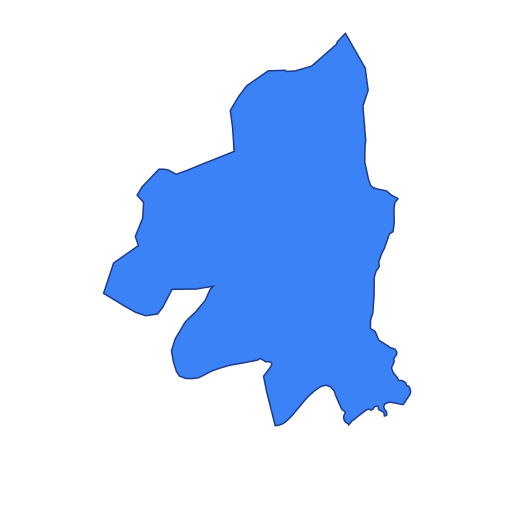 Ash Shamayatayn, Ta`izz, Yemen (Equal Earth projection), rotated 74°
{"feature_id": "15242507B595080071721", "entity_name": "Ash Shamayatayn", "entity_type": "district", "adm_level": 2, "iso_a3": "YEM", "parent_name": "Yemen", "parent_adm1": "Ta`izz", "projection": "equal_earth", "projection_center": [44.059, 13.173], "detail": "fine", "context": "isolated", "style": "filled", "palette": "blue", "viewbox_px": 512, "rotation_deg": 74, "n_neighbors": 0, "source": "geoboundaries", "source_scale": "gbopen_adm2", "svg_char_len": 4396}
<svg xmlns="http://www.w3.org/2000/svg" viewBox="0 0 512 512"><g transform="rotate(74 256 256)"><path d="M258.9,113.1L253.7,111.7L253.0,111.5L251.0,111.0L248.0,110.1L242.8,107.7L242.1,106.6L240.3,103.9L239.5,103.9L238.2,105.4L234.8,109.1L229.3,112.7L227.7,115.8L225.6,119.9L224.4,121.8L222.3,124.8L220.2,126.0L219.8,126.3L214.3,126.8L205.9,126.2L199.0,125.8L197.8,125.7L195.8,125.6L194.8,125.3L192.2,124.5L188.2,123.3L178.9,120.4L176.0,118.9L173.3,118.3L164.1,116.5L162.5,116.1L155.8,114.8L141.4,111.9L127.6,102.5L120.9,101.5L119.4,101.3L105.4,99.2L101.6,100.2L87.0,103.7L84.8,104.2L83.0,104.7L66.6,108.7L71.9,117.7L72.8,119.2L74.4,119.7L78.9,129.2L84.0,140.0L86.3,144.8L88.7,150.2L88.8,150.3L88.9,167.2L87.0,175.7L85.5,176.8L81.4,193.3L81.5,193.6L88.7,214.8L89.8,218.0L95.6,225.7L97.9,228.7L109.0,240.6L126.1,243.1L149.4,248.2L149.4,248.3L150.9,262.7L151.2,265.7L151.6,269.4L153.2,285.4L154.7,299.0L154.9,301.4L155.4,310.3L149.4,316.3L147.3,320.3L145.8,325.5L146.0,325.7L158.2,346.5L164.8,353.5L173.6,349.3L188.4,354.5L203.9,366.6L213.6,366.2L223.5,394.8L249.9,412.8L268.3,395.8L269.8,394.4L270.5,393.6L275.0,389.2L276.7,387.6L283.0,378.5L283.5,374.9L284.6,366.5L280.6,361.2L279.5,359.7L264.9,345.8L267.9,334.8L268.5,332.5L268.8,331.5L271.2,323.1L272.3,313.5L273.3,305.4L275.1,308.8L275.5,309.2L276.2,309.9L278.6,311.9L280.9,313.9L282.4,315.1L284.5,316.8L287.5,321.2L289.0,323.4L289.9,324.7L292.7,328.8L292.8,328.9L296.2,335.5L299.5,341.6L299.7,341.9L313.5,356.6L323.8,363.4L335.4,364.6L335.6,364.6L344.8,364.3L350.2,362.8L354.3,357.4L354.8,355.8L356.1,351.7L356.2,351.4L357.2,345.0L355.9,337.6L355.5,335.9L354.4,330.5L354.1,326.2L353.8,320.6L353.8,320.0L353.8,311.3L355.0,300.2L355.3,297.1L355.4,296.0L355.5,294.3L356.5,283.6L356.5,283.4L355.9,281.2L355.7,280.1L357.4,278.5L358.1,277.8L359.5,276.6L360.3,275.9L360.5,275.8L360.8,273.8L360.9,273.2L362.7,270.5L363.9,270.6L366.0,271.8L369.5,276.3L372.3,280.1L373.7,281.9L375.3,282.0L379.6,282.4L383.5,282.7L389.7,283.2L390.7,283.2L392.4,283.3L392.7,283.3L394.0,283.3L402.4,283.6L406.7,283.7L407.8,283.8L409.8,283.8L419.6,284.2L421.2,284.2L424.1,284.3L424.4,284.3L424.8,282.4L424.8,281.8L424.8,280.5L424.8,278.7L424.8,278.4L424.8,278.2L424.8,277.6L423.7,273.4L420.4,267.2L419.6,266.1L419.6,265.6L417.7,262.9L414.1,257.6L411.0,253.0L410.3,252.0L408.6,249.6L406.5,246.1L405.4,244.4L405.2,244.0L403.7,241.0L403.7,240.8L403.1,239.7L402.5,238.5L401.8,237.0L400.3,233.2L399.2,228.2L399.3,227.3L399.5,225.1L399.6,224.0L399.7,223.9L401.7,221.2L402.3,220.4L402.6,220.2L403.4,219.9L407.7,217.9L411.7,217.9L411.8,217.9L413.1,217.7L416.3,217.3L420.9,216.7L423.6,216.3L424.3,216.2L425.4,216.1L427.0,215.8L427.5,215.4L428.4,214.7L428.8,214.4L429.8,213.6L430.0,213.6L430.7,213.5L430.8,213.5L431.3,213.6L431.8,213.8L432.4,214.4L433.2,215.2L433.3,215.2L434.1,215.7L434.7,216.1L436.8,216.4L437.6,216.5L438.3,216.4L440.3,215.8L441.5,214.8L442.3,214.0L443.1,213.2L443.8,213.3L443.4,212.6L442.3,210.9L440.7,208.8L440.5,207.3L439.8,205.9L438.2,202.2L437.4,200.1L435.6,195.4L435.1,194.0L434.2,191.7L434.2,189.6L435.0,188.6L435.9,187.9L435.9,187.1L435.8,186.9L435.6,186.2L435.0,185.2L433.7,183.9L433.5,181.6L434.3,180.1L435.7,180.1L436.0,180.2L436.4,180.4L437.4,180.4L438.2,179.6L441.3,176.5L443.1,176.3L444.0,176.5L444.7,176.6L445.1,176.7L445.4,176.0L445.0,174.4L444.4,173.9L441.5,173.5L438.9,174.7L436.1,174.8L434.9,173.9L433.9,173.2L433.3,170.6L433.4,168.2L433.5,167.3L433.6,167.0L435.7,162.9L439.4,155.7L438.7,154.6L437.7,153.5L431.7,146.4L430.5,145.6L429.3,144.8L428.1,144.7L427.4,144.6L424.2,144.7L423.2,145.2L422.2,146.9L419.0,147.1L416.3,149.5L415.5,151.2L415.2,152.8L414.8,153.1L413.9,153.4L413.0,153.3L411.6,153.8L411.3,154.0L405.8,156.3L404.3,156.4L401.4,156.6L401.2,156.6L399.9,155.9L398.4,154.6L396.8,153.3L395.2,152.1L393.7,152.1L392.4,151.6L390.8,149.6L389.7,148.1L389.0,147.8L387.7,147.3L386.1,147.5L385.3,147.5L383.5,148.5L383.1,149.1L381.6,151.5L380.8,152.6L380.4,152.7L380.0,152.9L377.7,155.0L372.6,159.5L372.2,159.8L371.0,160.9L370.4,161.2L369.2,161.4L361.9,162.2L361.0,162.5L360.5,162.9L357.9,165.4L356.9,165.9L349.3,163.6L342.7,159.3L327.1,153.6L326.0,153.2L324.3,152.7L321.6,151.9L314.4,149.8L314.2,149.7L310.1,148.5L309.4,148.3L306.2,146.4L303.3,144.5L302.3,142.8L299.9,140.3L295.4,139.6L288.7,134.8L284.4,130.8L273.9,123.3L271.5,121.6L270.4,117.6L262.0,113.9L259.1,113.2L258.9,113.1Z" fill="#3b82f6" stroke="#1e3a8a" stroke-width="1.5"/></g></svg>